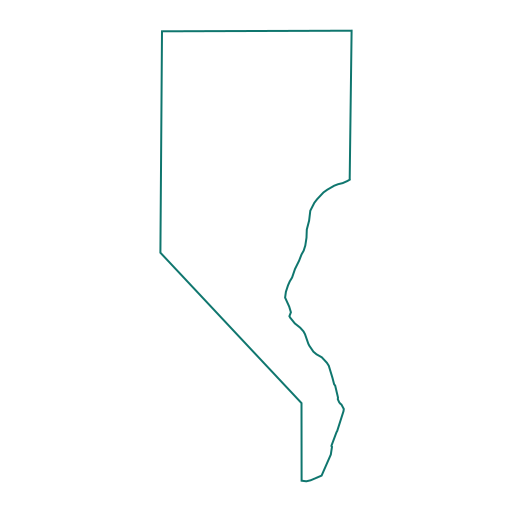 Pope, Illinois, United States of America (Equal Earth projection)
{"feature_id": "52423323B18318223165112", "entity_name": "Pope", "entity_type": "district", "adm_level": 2, "iso_a3": "USA", "parent_name": "United States of America", "parent_adm1": "Illinois", "projection": "equal_earth", "projection_center": [-88.477, 37.334], "detail": "fine", "context": "isolated", "style": "outline", "palette": "teal", "viewbox_px": 512, "rotation_deg": 0, "n_neighbors": 0, "source": "geoboundaries", "source_scale": "gbopen_adm2", "svg_char_len": 892}
<svg xmlns="http://www.w3.org/2000/svg" viewBox="0 0 512 512"><path d="M162.0,31.3L160.4,252.7L301.5,403.1L301.6,480.7L306.3,481.3L310.6,480.3L321.6,475.6L330.8,454.6L332.0,446.8L331.5,446.2L331.5,445.6L336.5,432.2L337.2,431.0L343.5,411.2L343.8,409.0L341.4,404.5L340.3,403.7L339.2,402.3L337.8,399.2L338.0,397.6L335.2,385.7L334.1,384.2L332.5,378.0L328.8,365.8L326.9,362.8L321.8,357.3L316.5,354.3L313.4,351.7L309.3,345.7L308.3,343.7L305.0,334.2L303.5,331.4L300.2,327.7L294.8,323.4L290.2,317.7L289.4,316.2L290.9,312.3L289.2,306.6L285.1,297.6L285.9,291.8L288.0,285.4L289.8,281.3L292.1,277.5L295.0,269.0L299.1,260.7L301.5,254.5L303.7,250.6L305.3,245.5L306.5,237.7L306.8,229.5L309.1,220.7L310.3,210.7L314.4,202.7L317.2,199.1L323.5,192.4L327.3,189.7L334.2,185.7L338.1,184.2L342.7,183.1L347.4,181.0L349.8,179.6L349.7,178.6L351.6,30.7L162.0,31.3Z" fill="none" stroke="#0f766e" stroke-width="2"/></svg>